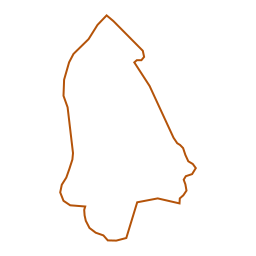 map outline of Gulu (Natural Earth projection)
{"feature_id": "UGA-3098", "entity_name": "Gulu", "entity_type": "County", "adm_level": 1, "iso_a3": "UGA", "parent_name": "Uganda", "parent_adm1": "", "projection": "natural_earth1", "projection_center": [32.435, 2.878], "detail": "fine", "context": "isolated", "style": "outline", "palette": "amber", "viewbox_px": 256, "rotation_deg": 0, "n_neighbors": 0, "source": "natural_earth", "source_scale": "10m", "svg_char_len": 715}
<svg xmlns="http://www.w3.org/2000/svg" viewBox="0 0 256 256"><path d="M144.1,56.9L141.4,60.2L136.8,60.2L134.3,62.4L149.6,86.0L173.5,137.7L177.2,143.2L180.1,145.0L183.1,148.1L185.4,155.0L188.3,161.3L192.8,164.0L195.8,168.1L192.1,174.1L185.8,176.2L183.7,179.7L185.4,184.4L186.5,190.6L183.4,195.2L179.8,198.4L179.5,203.4L157.7,198.4L137.2,202.3L126.3,238.0L116.3,240.6L107.8,240.4L103.4,235.4L95.7,232.7L89.5,228.0L85.8,220.8L84.6,215.4L84.2,209.9L85.2,206.5L70.2,205.3L63.5,200.8L60.2,192.4L61.8,184.7L66.3,177.6L69.4,168.8L72.4,159.5L73.0,153.1L67.6,107.3L63.5,95.8L64.1,79.7L69.1,62.3L73.5,53.9L88.6,39.1L97.5,24.9L106.6,15.4L113.4,21.1L142.8,50.8L144.1,56.9Z" fill="none" stroke="#b45309" stroke-width="2"/></svg>